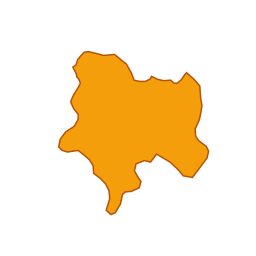 Gwangju-si, Gyeonggi, South Korea (Natural Earth projection), rotated 307°
{"feature_id": "91817680B33140835215225", "entity_name": "Gwangju-si", "entity_type": "district", "adm_level": 2, "iso_a3": "KOR", "parent_name": "South Korea", "parent_adm1": "Gyeonggi", "projection": "natural_earth1", "projection_center": [127.301, 37.396], "detail": "fine", "context": "isolated", "style": "filled", "palette": "amber", "viewbox_px": 256, "rotation_deg": 307, "n_neighbors": 0, "source": "geoboundaries", "source_scale": "gbopen_adm2", "svg_char_len": 1178}
<svg xmlns="http://www.w3.org/2000/svg" viewBox="0 0 256 256"><g transform="rotate(307 128 128)"><path d="M143.4,47.3L140.0,54.5L138.1,56.0L137.4,59.3L135.1,63.0L131.0,63.8L124.4,64.4L122.3,64.5L117.8,65.5L114.3,66.6L110.7,73.0L108.9,80.0L104.8,83.0L97.1,84.1L87.7,80.6L78.2,80.6L71.1,84.1L71.0,84.8L70.5,88.8L72.3,94.0L80.0,101.6L80.0,109.2L79.4,116.2L77.0,122.7L71.1,127.9L71.1,136.1L69.9,143.7L66.4,150.7L60.4,156.0L49.2,160.1L48.6,166.5L52.0,168.4L52.7,168.8L62.8,167.7L71.7,163.6L75.2,164.2L79.4,168.8L87.0,172.9L93.0,170.6L95.3,164.2L97.7,158.9L104.2,156.0L111.9,160.7L114.3,166.5L124.3,166.5L126.1,182.3L124.9,192.8L123.1,201.0L127.3,209.2L151.5,209.2L158.0,206.3L160.4,201.6L160.4,192.2L162.2,187.0L167.5,182.3L177.5,180.0L184.0,177.0L190.5,173.5L195.3,168.3L204.7,160.1L205.3,157.6L206.6,151.6L207.4,141.5L204.4,141.2L198.7,141.5L193.4,140.4L191.5,137.8L191.9,133.3L189.6,130.7L187.3,128.1L184.7,122.5L183.4,115.7L180.5,116.2L175.7,113.9L172.2,109.2L169.8,104.0L174.0,97.6L178.1,88.2L178.1,83.5L178.7,73.0L172.8,66.6L171.0,64.3L169.2,59.6L165.1,50.3L162.1,47.4L156.2,46.8L152.1,46.8L146.8,48.5L143.4,47.3Z" fill="#f59e0b" stroke="#b45309" stroke-width="1.5"/></g></svg>